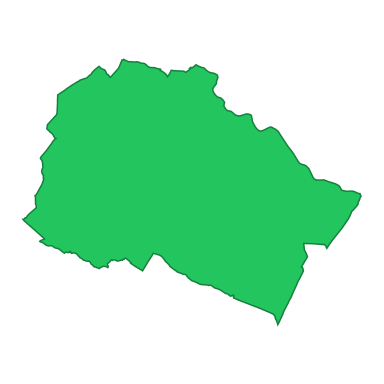 outline of Todiresti, Suceava, Romania
{"feature_id": "2599482B78954839759131", "entity_name": "Todiresti", "entity_type": "district", "adm_level": 2, "iso_a3": "ROU", "parent_name": "Romania", "parent_adm1": "Suceava", "projection": "albers", "projection_center": [26.059, 47.693], "detail": "fine", "context": "isolated", "style": "filled", "palette": "green", "viewbox_px": 384, "rotation_deg": 0, "n_neighbors": 0, "source": "geoboundaries", "source_scale": "gbopen_adm2", "svg_char_len": 5779}
<svg xmlns="http://www.w3.org/2000/svg" viewBox="0 0 384 384"><path d="M277.8,324.6L278.8,322.8L281.4,317.3L282.9,313.9L283.4,312.4L284.0,310.9L285.3,308.6L287.1,304.9L287.8,303.8L288.6,302.0L289.1,300.7L289.6,300.0L291.3,296.9L292.0,295.0L293.1,292.5L293.7,291.2L296.7,284.7L297.4,282.8L298.5,280.5L299.2,279.4L302.3,273.3L303.4,270.9L303.1,269.4L302.6,267.6L302.2,267.4L301.9,267.4L301.4,267.1L307.4,256.8L307.3,256.5L307.3,256.2L305.9,252.7L305.0,251.1L304.7,250.7L304.3,249.1L303.7,243.5L312.8,243.7L323.6,244.6L324.6,244.5L325.2,245.4L325.8,245.9L326.4,247.7L326.8,248.4L329.3,244.5L331.9,240.9L333.9,238.3L341.7,228.6L348.1,219.3L349.7,216.4L351.5,212.1L352.0,211.2L352.4,210.7L353.0,210.3L356.1,206.8L358.0,204.3L358.2,202.5L359.7,199.3L360.0,197.9L360.3,197.4L360.6,197.0L360.9,196.5L361.0,196.1L360.7,195.3L360.1,194.5L360.0,193.6L359.2,193.6L358.8,193.5L357.4,193.0L356.1,192.4L354.0,191.5L352.8,191.2L349.7,191.1L348.3,191.3L345.9,191.2L341.6,190.2L340.2,187.4L338.7,185.5L335.4,183.8L327.4,181.3L324.1,179.9L320.2,180.1L316.4,180.0L314.2,179.0L313.0,177.4L309.2,169.2L306.9,166.5L304.8,165.1L301.6,164.3L299.3,163.1L297.1,159.7L293.4,153.6L291.6,151.0L288.8,147.5L287.6,145.9L280.0,134.3L278.3,131.5L275.8,129.4L272.8,127.9L271.7,127.1L269.7,127.2L263.0,130.5L260.5,131.1L259.0,130.7L256.9,129.0L255.2,126.8L252.5,121.6L252.1,119.2L251.4,115.6L250.5,114.7L248.5,114.1L246.4,113.9L241.4,115.5L239.1,116.0L235.5,115.1L233.0,112.9L231.0,111.3L227.7,110.7L226.1,109.6L223.9,106.1L224.1,104.2L224.6,102.4L222.9,99.9L221.2,98.2L217.2,96.8L215.4,95.0L213.3,91.9L212.7,89.4L213.4,87.6L216.4,83.7L216.5,81.5L217.9,77.5L217.6,75.7L216.9,74.7L214.1,73.3L210.7,72.7L208.4,71.8L206.7,70.5L204.1,68.0L200.7,67.1L197.5,65.7L196.0,64.7L193.9,66.6L191.7,68.0L190.9,67.3L189.4,68.5L190.0,69.4L185.6,72.4L184.7,71.7L183.8,71.2L174.1,70.7L171.2,70.3L169.7,73.6L169.2,74.4L167.4,76.6L166.8,75.4L165.7,74.0L164.0,72.6L161.9,71.2L160.9,70.7L160.1,70.5L160.6,69.2L157.2,68.6L154.5,67.6L151.7,67.6L149.9,67.4L147.6,66.4L146.7,65.2L145.9,64.5L144.7,63.7L143.9,63.4L143.2,63.3L141.6,63.3L141.1,63.2L139.8,62.5L136.8,61.7L134.7,62.1L133.2,62.0L132.2,61.7L130.5,61.8L129.7,61.6L128.4,61.7L127.8,61.5L126.1,60.6L123.6,59.4L123.4,59.9L122.5,60.1L122.1,59.9L122.0,60.1L118.6,68.2L111.6,76.0L110.9,76.9L110.4,77.3L110.0,77.4L109.0,75.8L108.4,74.9L108.0,74.5L107.4,74.5L107.1,74.3L106.6,73.6L105.6,71.2L104.7,69.9L102.6,69.1L100.8,68.2L100.4,68.0L99.8,67.0L99.3,66.4L99.0,66.4L95.4,69.2L92.4,72.2L92.0,72.8L91.4,73.7L91.1,74.2L89.7,75.2L86.7,78.0L86.3,78.2L83.5,78.9L79.7,80.3L78.4,81.5L77.8,81.6L77.1,81.9L76.0,82.7L71.7,85.3L67.7,88.0L64.7,90.3L57.7,94.9L57.6,98.6L57.5,99.9L57.5,103.6L57.1,111.6L56.9,114.0L56.6,114.7L56.3,115.1L54.9,116.5L47.6,124.5L47.3,125.3L47.1,127.3L46.9,128.0L46.9,128.6L46.9,128.9L47.1,129.2L47.4,129.4L48.0,130.0L48.6,130.4L48.9,130.7L49.9,132.0L50.4,132.4L51.0,132.7L52.3,133.8L53.4,135.3L53.6,135.9L54.4,137.5L55.1,138.1L55.9,138.4L56.0,138.5L55.7,138.7L55.3,138.8L55.0,139.0L52.9,141.3L52.4,142.0L52.1,142.8L46.2,150.8L41.0,156.9L40.9,157.3L40.5,157.9L40.5,158.8L41.4,159.5L41.6,159.8L41.6,160.2L42.2,160.9L42.3,161.9L42.7,163.5L42.6,164.1L42.6,164.5L42.8,165.0L42.7,165.9L43.0,167.2L42.7,168.1L42.0,169.3L42.0,170.1L41.8,170.6L41.8,171.4L41.7,171.7L41.8,172.2L42.0,172.6L42.1,173.2L42.2,173.4L42.6,173.6L42.6,174.0L42.9,174.4L42.9,174.6L42.8,174.8L43.4,175.3L43.6,175.5L43.6,176.2L43.3,176.6L43.3,178.6L43.4,178.9L43.8,179.1L42.3,183.3L41.7,184.8L36.6,194.1L36.2,194.8L35.8,195.1L35.0,195.5L35.2,196.3L35.3,197.1L35.5,198.3L35.5,203.4L35.6,204.4L36.2,205.3L36.3,207.2L36.1,207.7L35.2,208.7L32.3,211.2L28.4,214.7L27.7,215.5L27.0,216.4L26.6,217.6L25.4,217.7L25.0,217.9L24.8,218.4L24.3,218.9L23.5,219.3L23.0,219.3L23.9,220.5L25.5,222.0L31.0,226.8L44.5,238.8L44.5,239.0L40.8,240.5L40.1,240.9L39.8,241.3L40.0,241.6L40.3,241.9L41.7,242.3L42.4,242.7L43.2,242.9L43.9,243.4L44.8,244.3L46.6,245.4L47.6,245.7L48.9,245.9L51.1,245.7L51.6,245.7L52.7,246.3L53.8,247.1L54.7,247.7L55.8,248.1L57.8,248.5L59.1,249.2L60.4,250.1L62.4,251.8L64.4,253.2L65.1,252.6L65.7,252.2L66.9,252.2L67.3,252.5L67.9,252.6L69.4,252.4L69.8,252.2L70.0,251.4L70.5,251.4L71.1,253.1L71.5,253.4L72.5,253.2L73.7,252.7L74.6,253.0L76.3,253.7L77.1,254.3L78.1,255.6L79.3,256.8L79.6,257.4L82.1,258.8L82.9,259.6L83.7,260.3L84.3,260.3L85.1,260.4L85.7,260.9L86.6,261.1L89.3,261.4L89.7,261.7L90.2,262.2L90.6,263.0L91.1,264.0L91.3,264.3L92.8,265.3L94.1,266.9L96.1,267.1L97.2,267.9L98.5,268.1L99.3,268.6L100.7,267.4L103.7,266.2L106.1,266.6L107.8,267.6L108.4,266.5L107.9,265.6L107.6,264.9L107.3,263.8L109.0,262.5L109.9,261.7L111.1,260.3L111.4,259.8L112.4,260.5L113.1,260.0L114.0,259.8L114.8,260.0L116.7,260.8L117.8,261.1L120.7,260.3L122.3,260.2L122.4,259.7L123.0,259.4L123.8,259.6L124.1,259.4L124.0,259.0L124.1,258.8L125.7,258.1L131.0,262.5L130.5,263.1L133.0,264.9L134.9,266.2L142.6,270.8L144.3,268.0L145.8,265.6L147.5,262.5L149.1,260.1L151.7,256.2L153.3,253.3L159.5,255.1L160.7,255.8L161.5,256.3L162.1,256.9L164.0,259.2L165.1,260.8L165.5,261.5L167.2,262.9L169.0,264.8L169.5,265.5L169.9,266.4L174.6,269.9L175.2,270.2L175.4,270.6L175.8,270.5L177.3,272.0L181.7,273.5L183.1,274.4L185.4,274.4L185.9,274.8L188.1,277.7L191.6,280.6L195.8,282.1L199.6,284.1L201.5,284.6L207.0,284.9L208.8,285.5L210.5,284.9L214.6,287.9L219.0,289.3L221.2,290.5L225.4,293.4L226.2,293.6L226.8,293.6L228.1,294.2L228.8,295.0L229.4,295.1L229.6,295.2L230.1,296.0L230.5,296.2L230.8,296.2L231.5,295.6L232.2,295.9L232.8,295.8L232.9,295.6L232.9,295.3L233.0,295.1L233.5,295.1L233.6,295.8L233.8,296.8L233.5,297.5L233.6,298.0L235.8,298.9L240.5,300.9L247.2,303.4L255.4,306.6L256.1,306.8L269.3,312.3L272.7,313.9L273.9,314.7L275.1,316.7L275.2,317.7L275.4,318.4L275.8,319.5L276.5,320.5L276.9,321.5L277.8,324.6Z" fill="#22c55e" stroke="#15803d" stroke-width="1.5"/></svg>